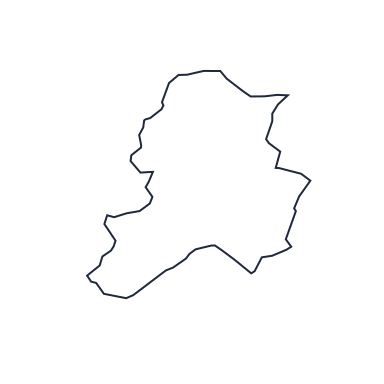 outline of Damagaram Takaya, Zinder, Niger, rotated 54°
{"feature_id": "23599985B91194911882215", "entity_name": "Damagaram Takaya", "entity_type": "district", "adm_level": 2, "iso_a3": "NER", "parent_name": "Niger", "parent_adm1": "Zinder", "projection": "equal_earth", "projection_center": [9.461, 14.063], "detail": "fine", "context": "isolated", "style": "outline", "palette": "slate", "viewbox_px": 384, "rotation_deg": 54, "n_neighbors": 0, "source": "geoboundaries", "source_scale": "gbopen_adm2", "svg_char_len": 1049}
<svg xmlns="http://www.w3.org/2000/svg" viewBox="0 0 384 384"><g transform="rotate(54 192 192)"><path d="M130.9,223.5L146.0,222.3L152.7,211.8L158.3,221.0L160.9,226.7L172.7,226.9L176.5,232.9L176.6,245.6L170.8,257.4L166.6,269.8L161.0,274.3L166.4,281.7L186.5,282.5L189.9,287.3L191.8,292.0L191.5,302.4L197.2,309.9L198.0,326.0L205.2,326.3L209.2,323.0L222.6,323.1L239.2,307.7L240.9,300.1L240.1,259.2L242.0,251.8L242.3,236.0L240.6,230.6L240.5,222.8L246.6,208.0L248.7,204.9L255.8,202.4L271.4,197.5L292.6,191.9L292.9,187.9L285.9,173.9L290.7,164.6L294.2,149.6L294.6,143.9L285.4,143.9L268.5,119.2L265.3,119.0L258.6,108.0L252.4,89.6L241.4,93.0L223.8,107.5L221.7,110.1L211.2,96.9L197.6,101.1L192.8,101.0L182.0,85.5L175.8,81.0L171.7,71.0L170.1,57.7L163.5,66.0L157.3,77.0L149.2,88.4L139.8,91.7L120.8,97.3L110.7,98.0L100.8,111.6L94.2,127.1L89.4,134.1L90.3,146.5L101.8,163.6L105.1,164.2L107.1,167.9L107.6,182.4L105.9,186.9L106.0,188.7L111.1,193.5L114.8,201.2L124.4,205.7L126.1,207.2L126.6,219.5L130.9,223.5Z" fill="none" stroke="#1e293b" stroke-width="2"/></g></svg>